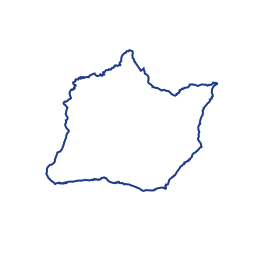 outline of North Efate, Shefa, Vanuatu, rotated 125°
{"feature_id": "77236927B73770222811595", "entity_name": "North Efate", "entity_type": "district", "adm_level": 2, "iso_a3": "VUT", "parent_name": "Vanuatu", "parent_adm1": "Shefa", "projection": "natural_earth1", "projection_center": [168.415, -17.573], "detail": "fine", "context": "isolated", "style": "outline", "palette": "blue", "viewbox_px": 256, "rotation_deg": 125, "n_neighbors": 0, "source": "geoboundaries", "source_scale": "gbopen_adm2", "svg_char_len": 5763}
<svg xmlns="http://www.w3.org/2000/svg" viewBox="0 0 256 256"><g transform="rotate(125 128 128)"><path d="M215.7,155.6L215.3,155.3L214.4,155.0L213.9,154.5L213.3,154.1L212.7,152.5L212.4,152.4L212.0,152.6L211.9,152.1L212.1,151.7L212.1,151.4L211.5,151.1L211.3,150.2L210.9,150.0L210.8,149.3L210.3,149.2L209.9,148.5L209.2,148.1L208.8,147.1L208.4,146.7L208.2,146.7L208.1,146.8L208.7,147.9L208.7,148.2L207.1,146.7L206.3,146.1L204.1,143.2L204.0,142.7L201.3,140.3L200.7,139.5L200.2,139.3L199.6,138.6L198.5,137.0L198.5,136.7L197.9,136.3L197.4,135.5L196.9,135.1L196.2,134.2L195.2,133.6L194.7,132.8L194.4,131.9L194.0,131.4L192.9,129.3L192.2,128.9L191.6,128.1L191.1,128.0L190.8,127.7L190.7,126.6L190.3,126.4L189.2,126.5L188.9,126.2L188.9,125.1L188.2,124.7L188.1,123.8L187.8,123.5L187.6,122.9L187.0,122.7L187.0,122.0L186.7,121.7L186.3,121.5L185.8,121.1L184.1,121.1L183.6,120.2L183.3,120.1L183.0,119.8L182.1,119.3L182.0,119.1L182.2,118.1L182.1,117.6L181.7,117.3L182.1,115.0L182.6,114.5L182.6,114.2L182.6,112.6L182.3,111.0L181.7,109.2L180.2,106.3L179.0,105.6L178.8,105.6L178.7,105.9L177.9,105.0L177.4,104.9L177.3,104.6L177.7,104.3L177.8,103.9L178.0,103.8L177.9,103.2L177.0,101.7L176.3,101.3L176.2,101.0L176.4,98.9L175.9,98.7L175.6,98.2L173.6,94.7L173.4,93.3L171.7,87.3L171.6,85.7L171.3,85.2L171.0,83.1L171.1,80.6L170.9,79.8L170.2,78.8L168.8,77.8L167.5,75.9L165.7,72.9L165.0,72.1L164.4,71.1L163.9,71.0L163.2,71.1L162.7,70.2L162.2,70.0L161.5,70.0L160.8,69.5L158.0,66.8L157.1,65.7L157.0,65.1L156.6,64.9L156.4,64.5L156.5,62.7L156.0,62.3L155.2,62.5L154.7,63.4L154.0,64.2L152.6,64.4L152.6,63.7L152.0,63.5L151.4,63.0L150.2,63.2L149.6,63.6L147.7,64.0L147.1,64.4L146.7,64.5L142.9,63.6L142.7,63.4L142.3,63.1L140.8,63.2L140.3,62.5L140.0,62.4L136.0,62.8L133.5,62.6L129.3,62.8L128.0,62.2L126.5,62.1L125.8,61.4L124.6,61.3L124.4,61.5L124.3,62.0L123.9,62.0L123.5,61.8L123.3,61.4L122.3,61.0L121.4,60.4L120.6,60.4L120.4,59.6L119.0,59.7L118.5,59.9L118.1,59.2L116.1,59.4L115.4,59.1L113.3,59.8L112.5,59.9L111.6,59.9L110.9,59.7L110.5,59.4L109.6,58.9L108.5,58.6L107.7,58.6L107.2,58.2L102.6,57.7L102.2,57.5L101.6,56.9L101.3,56.9L99.9,58.6L99.2,59.2L98.7,60.0L97.5,63.6L96.5,64.7L95.0,64.8L93.8,65.4L92.9,66.5L90.1,67.5L89.4,68.9L87.0,71.0L84.3,71.6L83.8,71.5L83.5,71.2L83.1,71.2L82.8,71.5L82.5,72.2L82.0,72.5L80.7,72.9L80.2,73.3L76.1,74.4L75.1,74.2L73.6,74.8L71.4,76.1L71.0,76.9L69.1,76.8L68.3,77.2L68.2,77.5L67.7,77.3L61.9,76.9L61.2,76.6L60.2,76.5L60.0,76.4L59.0,76.5L58.2,76.5L57.7,76.6L57.6,77.0L57.2,76.7L56.5,76.7L56.1,76.4L55.5,76.8L55.1,76.6L54.6,77.1L54.3,77.2L53.6,76.8L53.3,76.8L52.3,77.7L50.7,79.9L49.2,80.6L48.4,81.3L47.9,81.4L44.5,81.8L42.8,81.2L41.1,80.4L40.5,80.5L40.3,80.8L41.0,82.6L41.7,82.8L41.8,83.0L42.0,84.3L43.3,84.2L44.9,84.6L45.2,84.9L46.4,86.7L47.5,86.9L47.8,87.3L47.7,88.9L48.7,90.2L49.7,92.2L51.3,93.6L53.0,94.5L53.6,95.1L54.2,97.8L54.8,98.9L55.0,99.7L55.1,100.0L55.8,100.4L56.2,101.5L56.8,102.2L57.4,102.4L58.6,101.8L59.7,102.2L60.4,102.2L62.3,104.4L64.1,105.1L64.2,105.9L65.0,105.9L65.3,106.4L67.4,106.6L67.5,107.3L68.3,107.1L69.2,106.5L69.9,106.4L70.5,107.0L70.8,107.2L71.5,107.3L71.9,107.1L72.3,107.8L73.1,107.4L74.5,107.9L74.9,109.1L75.2,112.0L74.7,113.4L74.8,114.3L74.5,115.9L75.7,118.2L75.9,120.0L76.1,120.4L77.8,121.8L78.1,122.5L78.1,124.4L78.4,127.1L79.2,128.0L79.4,128.5L79.5,129.7L80.0,130.8L80.5,131.3L79.6,131.9L79.3,133.9L79.4,135.4L79.2,137.3L78.8,137.8L76.7,139.0L76.2,139.1L75.4,139.9L74.6,140.2L73.7,142.2L73.6,144.5L73.8,145.3L73.5,145.8L72.4,146.5L71.7,147.8L70.3,149.3L72.0,149.7L74.5,150.5L73.9,150.6L73.3,151.2L70.4,159.0L70.1,160.3L69.7,160.4L69.6,161.3L68.3,162.5L68.0,164.3L67.8,164.6L66.8,165.2L66.0,166.1L63.3,167.4L62.8,168.1L62.6,168.5L62.6,169.1L63.2,170.2L63.4,171.5L64.3,171.5L64.9,171.8L65.9,173.2L66.6,173.2L67.3,172.8L67.8,173.0L68.2,173.5L68.8,173.6L68.9,173.9L71.7,174.3L73.5,174.0L75.7,172.9L76.8,172.1L77.9,172.0L79.1,172.3L80.1,171.7L80.5,171.1L80.6,170.5L81.1,170.4L81.9,171.6L83.1,172.0L83.3,173.4L84.1,174.4L84.9,174.0L85.7,174.8L87.1,174.5L88.3,175.7L88.6,175.8L89.5,175.4L90.5,176.0L90.8,177.3L91.8,177.3L92.2,177.7L92.8,178.7L93.4,179.2L94.5,179.3L95.5,179.2L96.4,180.3L96.8,180.3L97.4,179.7L97.5,178.4L97.8,178.1L98.2,178.2L98.9,179.2L100.1,179.3L100.4,180.0L100.3,180.4L99.7,180.8L99.8,181.3L101.3,181.4L101.9,182.0L103.0,182.8L103.2,183.3L103.2,185.0L102.9,186.0L102.5,186.5L103.2,187.2L104.3,188.0L106.0,188.7L106.6,189.3L107.6,189.5L108.9,189.2L109.4,190.3L110.4,191.7L110.8,192.0L111.3,192.1L112.5,193.1L112.5,193.3L111.9,193.7L112.0,194.1L112.2,194.3L112.5,194.5L113.0,194.3L113.9,194.4L114.8,195.2L114.8,195.5L113.4,195.7L113.4,195.9L115.2,197.0L115.8,196.6L116.7,196.5L117.3,197.6L117.8,197.8L117.9,198.5L118.1,198.7L119.0,198.6L119.6,198.0L120.4,198.0L121.6,198.9L122.2,199.1L123.0,198.3L123.5,197.2L122.9,196.1L123.0,195.5L123.6,195.1L124.1,195.4L126.1,195.3L125.6,194.9L126.0,194.5L126.8,194.5L128.1,195.1L128.6,195.4L128.8,196.3L129.4,196.6L130.7,196.5L133.2,195.8L136.3,191.8L138.9,192.9L141.1,193.3L141.7,194.1L142.3,194.1L142.6,194.8L142.9,195.1L144.1,195.2L144.7,195.0L145.3,193.8L145.1,192.7L145.7,191.0L146.0,189.3L149.0,188.5L152.5,186.9L153.9,183.8L154.6,183.1L155.2,182.8L156.9,182.8L157.3,183.3L158.1,182.5L159.1,181.8L160.6,181.7L161.6,181.2L162.6,179.8L163.3,178.3L163.8,176.3L163.9,175.4L164.6,174.6L165.0,174.5L166.2,174.7L167.4,174.7L169.1,174.4L172.1,172.9L173.1,172.9L175.3,172.1L176.6,172.1L177.3,171.4L178.7,171.2L179.2,170.9L183.6,169.9L185.5,170.2L186.0,170.0L188.6,171.8L189.6,171.3L194.2,170.2L194.8,169.9L196.0,169.7L197.2,168.8L198.1,168.7L199.0,168.6L201.4,169.4L202.2,169.8L202.8,170.7L205.0,171.2L207.6,171.2L208.5,170.7L210.5,169.1L212.2,168.8L212.6,168.2L213.1,167.0L214.6,164.5L214.8,162.7L215.2,161.2L215.3,156.4L215.7,155.6Z" fill="none" stroke="#1e3a8a" stroke-width="2"/></g></svg>